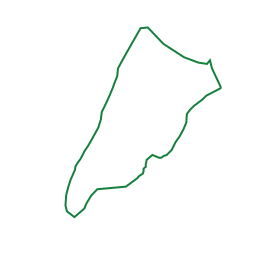 outline of Anambra West, Anambra, Nigeria, rotated 37°
{"feature_id": "59680162B97377368460903", "entity_name": "Anambra West", "entity_type": "district", "adm_level": 2, "iso_a3": "NGA", "parent_name": "Nigeria", "parent_adm1": "Anambra", "projection": "albers", "projection_center": [6.767, 6.387], "detail": "fine", "context": "isolated", "style": "outline", "palette": "green", "viewbox_px": 256, "rotation_deg": 37, "n_neighbors": 0, "source": "geoboundaries", "source_scale": "gbopen_adm2", "svg_char_len": 1093}
<svg xmlns="http://www.w3.org/2000/svg" viewBox="0 0 256 256"><g transform="rotate(37 128 128)"><path d="M78.0,40.7L79.9,55.9L81.7,69.7L83.1,79.7L84.2,86.6L85.0,87.9L88.2,93.0L90.0,99.8L91.7,105.1L93.5,112.2L94.8,117.8L94.9,118.2L95.0,118.7L95.9,123.0L96.3,124.9L97.4,130.9L101.2,137.6L103.7,144.6L104.0,145.4L104.6,149.5L105.1,152.9L106.1,160.0L106.9,166.4L107.2,172.7L108.3,178.8L108.7,181.6L108.7,185.8L109.2,190.4L110.8,193.3L113.3,203.9L114.1,206.2L115.7,210.7L117.2,214.4L119.2,219.1L121.0,221.8L123.5,225.7L124.8,227.6L129.3,231.3L138.8,231.4L141.2,220.6L141.6,218.7L140.2,213.3L139.3,204.0L140.3,195.4L161.6,176.1L165.8,161.9L165.6,160.7L166.5,157.6L167.3,155.5L166.4,153.0L165.0,151.3L165.2,149.5L165.6,148.3L164.3,146.8L162.1,142.2L163.7,134.8L170.7,133.1L172.5,131.7L173.5,128.4L175.1,126.6L176.1,119.1L174.5,110.8L174.3,103.8L173.1,95.8L171.3,88.6L166.6,81.4L166.6,75.9L167.4,70.5L170.3,60.4L171.1,55.0L178.0,40.5L177.9,40.3L177.1,39.3L159.1,29.8L152.7,24.6L152.5,29.3L144.9,33.4L130.1,37.8L105.5,39.5L83.3,35.8L78.0,40.7Z" fill="none" stroke="#15803d" stroke-width="2"/></g></svg>